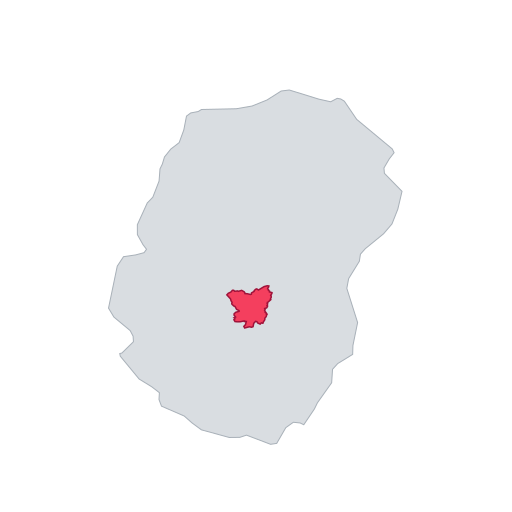 Dolneni, Dolneni, North Macedonia (highlighted), rotated 307°
{"feature_id": "65306769B25269203277023", "entity_name": "Dolneni", "entity_type": "district", "adm_level": 2, "iso_a3": "MKD", "parent_name": "North Macedonia", "parent_adm1": "Dolneni", "projection": "orthographic", "projection_center": [21.418, 41.482], "detail": "fine", "context": "in_parent", "style": "filled", "palette": "rose", "viewbox_px": 512, "rotation_deg": 307, "n_neighbors": 0, "source": "geoboundaries", "source_scale": "gbopen_adm2", "svg_char_len": 2441}
<svg xmlns="http://www.w3.org/2000/svg" viewBox="0 0 512 512"><g transform="rotate(307 256 256)"><path d="M233.3,137.3L240.9,138.2L257.5,133.5L267.8,126.9L273.0,125.9L280.0,123.3L290.1,123.6L300.3,126.4L313.2,122.5L325.9,116.3L331.0,117.8L336.6,122.9L340.2,124.3L361.7,151.6L373.4,162.6L387.2,170.9L402.9,176.8L408.6,182.7L419.1,211.8L424.1,222.8L430.8,226.0L432.4,229.2L432.8,233.4L425.7,254.2L423.5,300.4L421.6,304.1L413.7,304.0L403.3,305.2L399.3,308.8L395.5,333.7L378.7,341.1L363.4,345.3L350.5,344.5L327.7,338.9L320.3,338.3L314.0,341.7L293.7,343.6L284.8,348.0L264.0,377.2L242.8,387.3L235.6,392.4L219.3,386.0L211.6,385.3L200.3,392.7L175.7,393.4L169.0,394.7L150.0,395.7L149.2,391.7L145.7,385.9L136.9,383.1L118.8,385.3L114.4,381.0L107.2,356.2L101.4,352.2L95.0,343.9L84.3,317.0L84.2,305.2L85.0,295.0L79.2,270.9L83.0,264.9L88.7,261.1L88.8,251.4L87.4,236.7L94.3,207.9L96.1,205.9L97.8,207.3L113.8,209.7L118.0,206.1L120.7,200.4L121.7,179.3L125.6,169.6L164.4,151.3L175.7,150.6L184.4,159.2L191.3,164.6L195.5,164.5L197.0,159.0L201.7,148.4L209.6,142.4L233.1,137.2L233.3,137.3Z" fill="#d9dde1" stroke="#a8b0b8" stroke-width="1"/><path d="M207.4,256.1L206.4,261.5L205.2,263.0L204.6,264.8L203.6,265.1L203.0,265.8L202.7,268.5L203.1,269.5L201.7,272.6L202.2,275.3L201.8,275.8L201.5,275.7L198.9,273.7L196.7,273.3L195.6,274.0L195.0,276.4L193.6,275.7L193.7,276.3L193.1,277.0L192.0,276.6L191.7,276.9L191.0,278.7L192.2,280.7L194.2,283.2L196.9,285.5L196.7,285.9L197.3,286.3L197.0,286.8L197.8,287.7L194.9,288.9L192.5,288.6L191.7,290.3L195.5,293.3L196.4,295.3L197.8,296.2L200.9,294.7L203.6,295.0L204.1,296.3L203.5,297.6L204.1,300.3L205.8,300.5L206.2,301.6L206.6,302.0L207.5,301.6L210.4,301.4L211.6,300.5L213.7,300.6L215.3,300.0L215.6,299.5L216.2,299.8L216.8,298.1L216.5,298.0L216.6,297.2L217.0,297.2L217.7,295.6L218.6,295.6L219.3,294.5L220.9,295.7L222.5,295.6L222.9,294.8L223.2,295.1L224.3,294.2L224.1,294.7L224.6,293.6L225.2,293.8L225.7,293.2L230.0,294.1L230.1,293.4L232.2,293.0L233.3,292.1L233.4,291.4L235.5,291.3L236.4,290.8L235.4,288.4L236.1,288.0L236.1,286.5L236.7,286.2L236.8,285.0L237.3,284.7L238.8,284.8L239.8,284.3L239.0,282.9L236.5,280.9L230.3,278.4L230.2,276.4L229.2,275.7L227.2,275.4L226.6,275.8L223.8,274.6L222.7,275.3L221.9,274.7L220.6,271.7L219.3,269.8L220.0,269.1L220.3,267.9L219.9,265.2L217.1,263.1L217.1,262.4L215.0,260.2L215.2,258.8L214.4,257.8L212.0,257.6L209.6,256.3L207.4,256.1Z" fill="#f43f5e" stroke="#9f1239" stroke-width="1.5"/></g></svg>